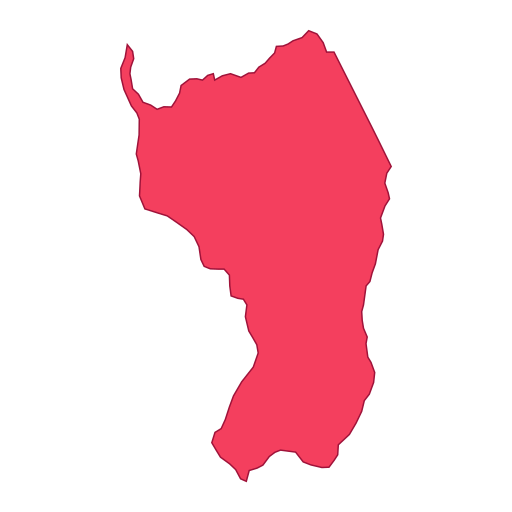 Guaraíta, Goiás, Brazil (Robinson projection)
{"feature_id": "56859067B84208885537844", "entity_name": "Guaraíta", "entity_type": "district", "adm_level": 2, "iso_a3": "BRA", "parent_name": "Brazil", "parent_adm1": "Goiás", "projection": "robinson", "projection_center": [-50.064, -15.682], "detail": "fine", "context": "isolated", "style": "filled", "palette": "rose", "viewbox_px": 512, "rotation_deg": 0, "n_neighbors": 0, "source": "geoboundaries", "source_scale": "gbopen_adm2", "svg_char_len": 1773}
<svg xmlns="http://www.w3.org/2000/svg" viewBox="0 0 512 512"><path d="M140.2,181.9L139.9,188.6L139.5,195.9L144.9,208.9L158.5,213.2L167.3,215.9L176.6,222.3L186.9,229.6L194.2,236.6L199.0,246.7L200.9,259.5L204.2,266.4L210.3,268.8L218.0,269.1L224.1,269.1L229.4,275.1L229.8,285.9L231.1,295.9L237.8,298.3L243.4,299.2L246.9,304.9L245.4,316.7L248.8,331.0L252.4,337.0L256.8,344.7L258.2,353.0L253.3,367.1L241.7,381.8L233.5,395.9L229.4,407.0L225.3,419.6L221.2,428.6L215.0,432.4L211.8,442.7L215.8,449.5L220.5,457.2L229.6,463.8L235.7,469.6L240.6,478.8L246.3,481.3L249.2,470.5L257.1,468.1L262.9,465.1L269.3,456.5L274.9,452.3L280.5,450.1L295.6,452.1L303.2,461.9L310.9,464.9L321.9,467.5L329.0,467.2L334.2,460.2L337.7,454.8L338.3,444.8L349.4,434.4L356.1,423.0L361.7,411.3L364.3,400.6L369.3,394.2L373.6,382.5L374.7,372.5L371.0,362.4L367.8,357.1L366.0,343.6L367.2,337.0L363.5,328.3L362.2,320.3L361.7,311.6L363.5,304.9L366.1,285.9L369.9,281.5L372.1,272.9L375.4,263.8L378.1,249.7L382.5,241.1L383.5,234.3L381.8,224.3L380.5,218.0L385.0,205.9L389.5,198.8L388.2,192.9L384.8,183.1L386.8,173.2L391.2,166.5L379.0,141.6L371.9,127.3L334.0,52.1L326.6,52.1L323.2,42.7L317.0,34.0L308.7,30.7L302.1,37.6L293.0,40.8L288.1,44.0L283.1,46.0L276.4,46.4L274.6,53.0L269.6,58.1L265.2,63.2L258.9,67.1L254.4,72.8L248.6,73.1L241.0,77.4L230.5,73.7L222.3,75.8L214.7,80.1L213.3,73.7L207.7,75.4L202.5,80.1L196.8,78.8L189.6,79.1L181.1,85.5L179.6,93.1L175.5,101.0L171.5,107.0L163.8,106.8L157.1,109.3L150.7,105.1L143.0,102.3L138.4,94.2L132.6,88.8L131.1,79.7L129.9,73.7L130.7,67.1L133.7,58.7L132.6,51.4L127.3,44.7L125.1,57.7L120.8,68.4L121.2,77.8L124.0,89.5L131.4,105.9L136.9,113.0L139.3,119.2L139.1,135.0L138.2,141.0L136.3,154.0L138.2,160.8L140.8,173.8L140.2,181.9Z" fill="#f43f5e" stroke="#9f1239" stroke-width="1.5"/></svg>